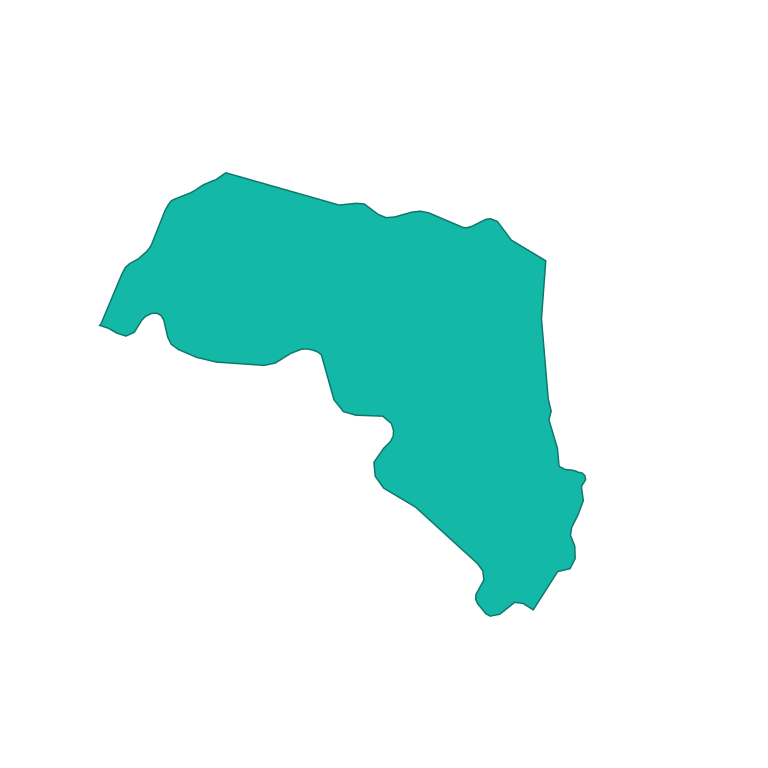 an SVG outline of Ancona, rotated 56°
{"feature_id": "ITA-5427", "entity_name": "Ancona", "entity_type": "Province", "adm_level": 1, "iso_a3": "ITA", "parent_name": "Italy", "parent_adm1": "", "projection": "robinson", "projection_center": [13.168, 43.479], "detail": "fine", "context": "isolated", "style": "filled", "palette": "teal", "viewbox_px": 768, "rotation_deg": 56, "n_neighbors": 0, "source": "natural_earth", "source_scale": "10m", "svg_char_len": 1502}
<svg xmlns="http://www.w3.org/2000/svg" viewBox="0 0 768 768"><g transform="rotate(56 384 384)"><path d="M372.3,181.0L418.0,217.0L488.2,256.2L500.0,260.6L505.9,267.3L534.1,276.1L550.2,284.9L556.1,281.7L560.6,276.2L563.9,273.3L565.6,272.6L566.9,271.0L568.8,269.4L572.3,268.7L575.9,270.2L577.6,273.6L578.8,276.9L580.7,278.4L592.2,284.0L600.9,296.2L607.8,308.5L613.6,314.0L625.1,316.5L635.7,323.2L641.1,333.1L636.6,344.9L654.7,386.6L643.7,391.4L638.1,397.7L639.6,416.7L635.8,425.8L631.5,428.0L618.6,429.2L613.7,428.4L609.8,425.3L602.4,410.9L594.3,406.6L585.2,406.9L503.7,426.7L470.2,442.5L455.7,442.9L443.3,436.2L437.0,419.8L435.5,411.4L432.5,405.6L427.7,402.0L420.9,400.0L410.0,403.0L394.0,424.9L384.2,433.1L369.1,434.3L324.8,419.6L320.5,421.0L315.7,424.3L311.6,428.6L309.0,433.0L306.5,444.0L305.8,462.6L301.4,473.1L272.2,510.6L257.2,524.4L240.5,535.1L232.0,538.2L224.2,537.1L207.8,530.8L202.5,530.5L198.3,532.8L195.5,537.3L194.6,543.8L195.6,549.0L201.5,562.1L199.9,571.2L192.6,576.9L183.5,581.4L176.4,587.0L175.9,585.0L146.4,540.0L142.7,533.1L142.0,527.5L142.9,517.7L141.4,506.5L140.1,502.4L138.7,499.2L117.8,468.6L114.9,462.9L113.3,458.4L113.4,455.2L117.3,437.6L117.9,431.2L117.7,428.1L117.9,422.1L119.8,412.3L120.6,409.5L120.4,397.1L210.6,321.1L218.6,306.1L223.7,299.7L240.2,294.0L247.3,289.2L251.5,281.8L257.1,264.8L261.1,257.2L267.4,251.0L298.4,231.0L300.8,227.9L302.5,222.7L304.4,207.8L306.4,203.4L312.6,199.1L335.9,198.0L372.3,181.0Z" fill="#14b8a6" stroke="#0f766e" stroke-width="1.5"/></g></svg>